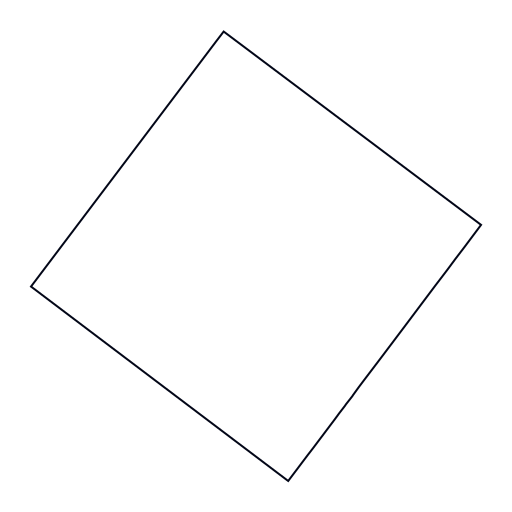 Smith, Kansas, United States of America, rotated 127°
{"feature_id": "52423323B97922729211472", "entity_name": "Smith", "entity_type": "district", "adm_level": 2, "iso_a3": "USA", "parent_name": "United States of America", "parent_adm1": "Kansas", "projection": "mercator", "projection_center": [-98.778, 39.785], "detail": "fine", "context": "isolated", "style": "outline", "palette": "ink", "viewbox_px": 512, "rotation_deg": 127, "n_neighbors": 0, "source": "geoboundaries", "source_scale": "gbopen_adm2", "svg_char_len": 529}
<svg xmlns="http://www.w3.org/2000/svg" viewBox="0 0 512 512"><g transform="rotate(127 256 256)"><path d="M95.7,95.0L96.2,416.9L108.6,417.0L415.8,417.3L416.3,94.9L405.7,94.9L394.2,94.9L384.3,94.9L376.0,94.8L365.6,94.8L354.0,94.8L338.7,94.8L331.9,94.9L331.2,94.9L322.1,94.8L320.4,94.9L310.4,94.7L309.7,94.7L308.8,94.8L298.9,95.0L289.9,95.0L262.2,94.9L260.9,94.9L236.1,94.9L228.2,94.9L171.1,95.0L156.2,94.9L150.0,94.9L149.7,94.9L138.4,95.0L123.2,94.9L122.3,94.9L95.7,95.0Z" fill="none" stroke="#020617" stroke-width="2"/></g></svg>